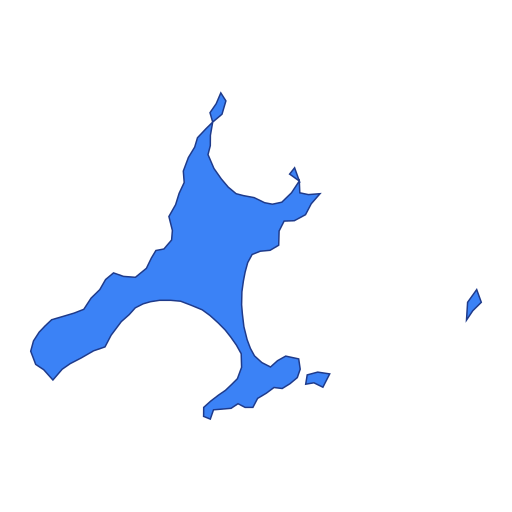 outline of Bombinhas, Santa Catarina, Brazil
{"feature_id": "56859067B26603049963849", "entity_name": "Bombinhas", "entity_type": "district", "adm_level": 2, "iso_a3": "BRA", "parent_name": "Brazil", "parent_adm1": "Santa Catarina", "projection": "natural_earth1", "projection_center": [-48.508, -27.166], "detail": "fine", "context": "isolated", "style": "filled", "palette": "blue", "viewbox_px": 512, "rotation_deg": 0, "n_neighbors": 0, "source": "geoboundaries", "source_scale": "gbopen_adm2", "svg_char_len": 1834}
<svg xmlns="http://www.w3.org/2000/svg" viewBox="0 0 512 512"><path d="M299.3,181.0L291.5,192.8L281.8,202.2L272.4,204.2L264.6,202.7L254.1,197.6L243.4,195.6L236.1,193.7L228.2,187.1L221.2,178.8L213.9,168.4L208.0,154.6L210.3,145.6L210.4,135.3L212.7,122.1L206.0,128.7L197.5,137.7L194.7,147.1L188.4,157.5L183.3,171.1L184.2,182.5L179.1,193.4L175.6,204.7L168.9,216.5L172.4,230.5L171.6,240.0L163.9,249.0L155.9,250.5L151.4,258.0L146.4,268.3L135.4,277.3L123.5,276.4L113.5,272.9L105.6,279.5L99.8,289.6L91.1,298.1L83.8,309.3L74.1,313.1L63.4,316.3L51.7,319.7L45.2,325.8L39.2,332.1L33.5,340.9L30.7,351.2L35.7,364.4L43.7,369.7L52.9,380.0L62.2,369.2L70.1,363.7L81.1,358.0L93.6,350.8L105.0,346.9L111.1,335.2L121.3,321.6L129.2,314.6L135.3,307.8L143.2,303.8L150.5,301.7L159.6,300.3L170.6,300.3L180.6,301.2L190.8,305.1L202.2,309.8L210.0,315.5L218.2,322.9L225.2,330.0L230.7,337.0L236.4,345.1L241.2,353.7L241.6,367.3L237.4,378.7L231.9,384.2L225.5,390.3L218.5,395.1L210.7,401.1L203.7,407.4L203.6,416.4L210.3,419.1L213.5,409.8L220.9,409.2L231.1,408.3L238.0,403.7L245.1,407.4L252.9,407.4L257.6,398.4L266.3,393.2L274.0,387.5L282.2,388.5L290.0,383.7L297.3,377.6L300.2,369.2L298.7,358.9L285.7,356.1L277.5,360.7L270.5,367.0L261.9,362.6L254.5,355.9L250.4,348.4L247.1,339.6L243.9,326.7L242.4,314.1L241.6,304.7L241.9,291.8L243.4,281.0L245.1,272.2L247.7,262.6L252.1,254.5L260.3,251.2L270.1,250.3L278.7,245.2L279.1,231.0L284.1,221.1L294.3,220.7L305.5,214.7L311.2,203.8L320.0,193.7L308.4,194.6L299.8,192.8L299.3,181.0ZM329.7,373.9L317.7,372.1L307.2,374.9L305.7,384.2L313.9,382.8L322.9,387.2L329.7,373.9ZM212.7,122.1L222.0,114.2L225.9,100.9L220.8,92.9L216.2,103.7L210.0,112.7L212.7,122.1ZM472.8,310.7L481.3,302.3L476.7,289.6L467.6,302.3L466.5,320.1L472.8,310.7ZM299.3,181.0L294.6,167.8L289.6,174.1L299.3,181.0Z" fill="#3b82f6" stroke="#1e3a8a" stroke-width="1.5"/></svg>